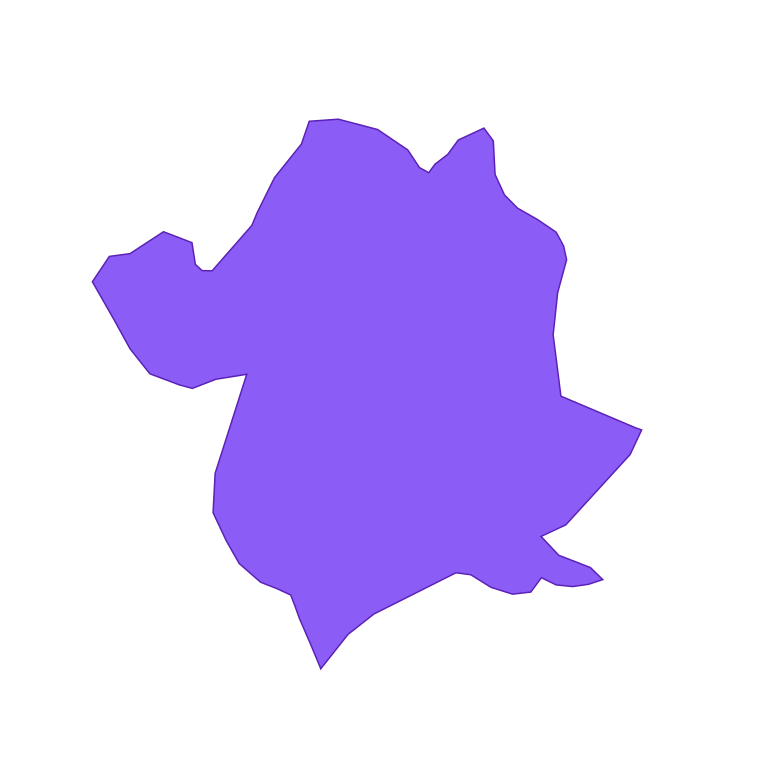 Conwy, orthographic projection, rotated 155°
{"feature_id": "GBR-2129", "entity_name": "Conwy", "entity_type": "Unitary Authority (wales)", "adm_level": 1, "iso_a3": "GBR", "parent_name": "United Kingdom", "parent_adm1": "", "projection": "orthographic", "projection_center": [-3.743, 53.137], "detail": "fine", "context": "isolated", "style": "filled", "palette": "violet", "viewbox_px": 768, "rotation_deg": 155, "n_neighbors": 0, "source": "natural_earth", "source_scale": "10m", "svg_char_len": 1059}
<svg xmlns="http://www.w3.org/2000/svg" viewBox="0 0 768 768"><g transform="rotate(155 384 384)"><path d="M169.9,233.5L190.7,216.1L278.8,179.5L306.1,179.5L298.0,154.9L274.5,130.4L268.4,114.3L283.2,116.0L298.7,120.7L312.9,129.2L323.2,141.9L338.9,133.4L356.3,139.2L372.9,154.4L386.0,174.5L398.6,182.5L490.4,179.8L522.4,172.3L561.7,152.6L561.5,155.4L560.6,176.8L559.7,208.0L558.7,218.4L557.7,232.2L568.1,244.4L579.6,256.5L591.1,282.4L593.2,308.4L593.3,339.6L574.8,374.4L504.3,450.8L534.5,459.4L559.5,461.0L569.9,469.7L591.9,492.2L599.3,523.3L601.5,556.3L605.1,599.9L579.0,615.7L559.1,609.5L519.5,615.2L498.3,593.2L504.4,572.2L501.0,563.7L492.0,559.2L436.7,583.6L426.3,593.1L396.0,617.3L357.4,636.4L340.7,653.7L313.5,643.3L282.2,617.3L263.5,586.0L260.4,565.2L254.2,556.6L244.8,561.7L229.1,565.2L213.5,573.8L194.6,573.7L185.3,573.7L182.2,558.1L186.4,547.7L194.8,526.9L194.9,504.4L188.7,487.0L175.2,467.9L163.8,448.8L162.9,433.2L166.0,419.4L188.0,393.4L209.9,357.1L228.8,298.2L174.4,237.8L169.9,233.5Z" fill="#8b5cf6" stroke="#5b21b6" stroke-width="1.5"/></g></svg>